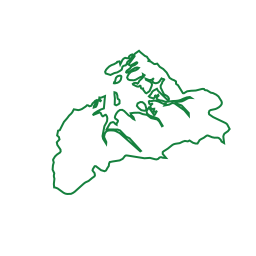 outline of Rogaland, rotated 59°
{"feature_id": "NOR-914", "entity_name": "Rogaland", "entity_type": "County", "adm_level": 1, "iso_a3": "NOR", "parent_name": "Norway", "parent_adm1": "", "projection": "orthographic", "projection_center": [5.997, 59.066], "detail": "fine", "context": "isolated", "style": "outline", "palette": "green", "viewbox_px": 256, "rotation_deg": 59, "n_neighbors": 0, "source": "natural_earth", "source_scale": "10m", "svg_char_len": 5741}
<svg xmlns="http://www.w3.org/2000/svg" viewBox="0 0 256 256"><g transform="rotate(59 128 128)"><path d="M140.9,221.9L137.8,220.4L133.6,217.2L131.6,216.6L130.5,216.0L128.8,214.5L124.9,214.1L121.4,211.6L119.3,209.4L116.8,208.7L116.3,208.1L114.8,205.2L114.2,202.6L114.0,198.9L113.4,197.8L111.7,197.0L106.1,197.3L103.6,196.4L102.5,192.6L100.2,191.9L97.9,192.6L94.3,189.3L94.7,187.6L89.8,179.8L88.3,175.2L87.0,172.0L86.5,169.6L85.9,167.8L84.1,164.8L87.1,161.4L87.7,159.6L88.0,157.7L87.8,153.2L87.4,151.4L88.0,150.6L89.5,149.9L90.0,148.4L89.9,147.7L88.7,145.8L88.3,143.6L87.8,142.2L87.9,141.0L88.5,141.2L89.8,142.6L91.6,145.8L92.8,146.8L93.3,144.7L92.7,143.5L91.4,141.8L88.7,139.3L90.0,138.0L90.6,137.9L91.2,138.6L90.5,137.1L88.2,137.7L87.1,136.8L87.9,136.0L88.3,134.7L88.8,131.3L98.8,138.6L98.2,141.5L97.9,145.5L98.0,149.2L98.8,151.6L100.0,144.3L101.1,143.7L104.0,144.0L105.1,143.5L105.0,140.7L105.3,140.2L107.2,140.1L109.0,140.7L111.3,142.4L112.1,143.5L114.3,147.3L121.8,154.0L124.4,154.9L130.2,154.8L128.8,153.8L123.4,153.2L121.2,151.2L120.1,149.5L119.7,147.5L120.1,146.1L120.9,144.4L122.6,141.8L123.9,140.4L128.0,137.8L154.3,129.5L154.3,128.7L137.6,132.0L134.4,134.1L125.9,136.1L123.9,137.8L118.2,147.1L115.1,141.6L114.6,140.2L115.2,137.8L116.5,137.0L118.1,136.8L119.3,136.1L118.4,135.6L117.4,133.6L116.7,132.9L115.7,132.9L113.4,134.0L112.1,133.8L110.9,132.6L109.6,130.6L108.6,128.1L108.4,125.6L109.5,123.6L111.5,122.5L117.5,121.0L119.2,120.0L122.7,119.0L123.8,118.3L121.6,117.8L118.5,118.5L116.7,118.2L118.0,115.1L120.1,111.4L120.9,110.3L123.7,108.2L126.5,105.0L131.4,103.1L135.7,98.6L138.5,97.8L144.0,98.0L144.0,97.2L136.6,97.2L135.1,97.7L128.4,103.1L125.5,104.2L123.0,103.4L121.3,99.6L130.4,98.9L130.4,98.1L128.2,94.3L128.3,95.2L128.1,96.3L127.5,97.3L126.6,97.9L125.7,96.1L125.0,95.6L124.0,97.7L123.6,98.1L121.7,98.1L120.9,97.5L120.3,96.7L119.6,94.0L119.4,96.3L118.4,97.2L117.1,97.0L115.9,96.4L115.9,95.7L116.6,95.0L118.0,91.5L118.7,90.5L120.9,88.3L125.4,85.3L126.6,83.4L127.5,85.1L129.2,80.5L129.3,78.1L129.5,77.0L130.7,75.5L141.8,70.6L148.8,69.5L146.4,68.2L136.3,70.4L132.5,73.4L130.3,73.7L132.9,68.2L133.2,65.9L133.4,61.4L133.9,59.6L134.8,58.3L133.3,59.0L132.1,61.8L131.4,65.4L131.1,68.4L130.4,70.8L129.3,73.3L128.1,75.4L125.4,81.5L124.6,82.6L122.1,84.7L120.9,86.3L118.7,88.0L117.8,88.3L116.7,87.7L116.1,85.2L115.1,85.1L115.5,86.7L114.3,87.6L114.3,88.3L115.3,89.1L115.9,90.8L113.1,93.3L111.6,93.8L110.7,90.7L109.3,88.3L109.1,86.8L109.3,83.0L111.6,83.1L125.4,79.4L124.2,77.9L122.4,77.6L120.6,78.1L117.6,79.8L110.3,79.2L108.5,78.2L107.1,75.7L106.2,74.9L105.2,72.1L104.6,72.1L103.5,73.3L102.8,73.7L104.4,77.3L104.6,79.1L104.0,81.1L102.7,82.5L101.0,83.1L99.5,82.5L98.6,80.2L98.9,83.0L97.9,85.1L94.8,87.5L95.9,87.8L100.2,85.0L101.9,84.7L103.2,85.1L104.3,86.2L107.3,90.3L107.6,91.6L107.7,94.4L106.9,94.9L103.1,95.3L101.9,94.7L101.2,96.1L100.4,96.3L98.3,95.6L97.9,95.9L98.0,97.3L97.8,98.0L96.7,99.2L93.4,101.3L92.7,101.2L92.6,99.7L93.1,98.4L94.0,97.4L94.8,97.2L94.8,96.3L93.4,93.9L92.5,89.7L91.3,86.6L89.7,87.4L90.3,87.6L91.2,89.0L90.7,91.4L90.6,96.4L90.1,98.4L87.7,102.0L86.3,102.9L84.4,102.8L83.3,101.6L82.1,99.4L81.4,96.7L81.8,94.3L82.4,92.0L82.5,89.4L82.0,87.8L80.8,89.0L80.2,90.9L80.1,93.3L80.3,98.3L80.2,99.8L79.9,100.6L79.3,100.9L78.7,100.3L78.3,99.4L77.9,95.5L77.2,93.7L77.0,92.4L77.5,89.9L77.2,87.1L76.9,86.5L76.2,86.6L76.0,87.0L75.8,93.8L73.8,94.9L69.9,85.4L68.1,84.8L67.8,83.1L67.5,78.8L69.3,78.4L74.9,76.4L76.7,75.1L78.9,75.1L80.6,74.7L80.6,75.4L81.1,76.0L82.6,74.4L86.5,72.7L87.1,72.0L87.9,69.8L91.9,69.3L95.6,67.4L100.4,66.3L106.5,66.5L109.1,65.2L110.9,63.8L112.8,62.9L114.8,64.0L115.3,64.0L117.0,63.1L126.4,63.0L127.0,62.2L127.0,58.4L128.5,54.9L130.8,50.6L132.5,44.9L133.1,43.5L133.8,42.7L134.8,42.7L135.3,42.4L136.4,40.9L140.4,38.8L141.8,37.2L144.9,35.2L147.6,34.2L153.3,34.1L154.8,34.6L155.9,35.6L156.6,37.2L157.0,39.3L157.0,41.4L156.8,43.2L155.2,47.9L155.2,49.4L156.4,50.8L158.1,51.4L162.5,49.4L174.2,41.7L175.9,41.1L181.2,41.4L182.2,44.0L182.5,48.3L183.4,49.7L184.4,50.7L190.4,53.4L187.8,54.8L185.7,54.6L183.2,55.4L182.5,56.1L180.9,58.8L179.3,60.6L175.7,63.3L175.2,64.0L175.1,65.0L175.4,68.1L175.2,71.0L175.3,72.9L177.1,76.4L176.1,78.1L174.1,79.9L170.4,81.7L170.3,83.6L168.4,85.9L167.9,88.0L167.6,91.5L165.9,95.6L165.5,97.1L165.4,98.6L166.2,104.6L166.3,109.6L166.5,110.6L168.1,111.6L173.3,110.8L171.5,113.4L170.1,114.6L169.7,115.5L169.6,116.5L170.0,117.9L169.7,119.6L168.7,120.9L164.9,124.6L162.4,129.5L151.2,142.8L150.5,143.9L150.4,144.9L151.7,148.4L151.5,151.8L148.8,158.4L147.8,161.2L148.8,162.6L150.7,164.1L151.5,165.9L153.1,168.7L153.0,170.3L150.3,172.8L144.2,175.2L143.6,176.3L145.2,179.4L146.2,180.3L149.5,179.9L151.5,180.7L152.2,181.7L152.4,184.5L153.1,189.1L152.7,192.5L152.9,194.6L155.2,206.6L155.3,208.6L155.1,210.7L153.3,214.0L152.0,215.5L150.3,216.6L143.5,219.5L141.5,221.1L140.9,221.9ZM72.5,100.3L72.6,101.1L74.7,103.3L74.9,105.4L74.8,108.6L73.9,111.4L73.5,115.7L69.8,119.0L68.1,118.7L66.9,117.0L66.3,115.4L65.6,112.5L65.6,109.8L66.1,107.1L66.2,103.8L65.7,103.2L66.5,101.0L69.5,101.9L66.8,97.7L66.3,96.1L66.4,94.3L67.8,92.8L68.4,91.3L67.2,90.2L66.8,88.2L67.1,86.5L68.5,86.4L70.6,92.0L71.1,94.5L72.7,96.6L73.1,97.8L72.6,99.0L72.5,100.3ZM117.1,101.3L120.5,102.2L122.2,103.2L121.7,105.0L119.6,107.4L116.4,108.6L113.6,109.0L111.9,107.1L112.1,104.1L113.3,102.3L115.4,101.5L117.1,101.3ZM100.3,121.2L102.5,122.6L102.7,123.9L102.5,126.4L101.0,127.3L95.9,124.0L92.0,122.2L90.4,121.2L91.5,120.2L92.4,119.9L94.7,120.4L96.6,121.4L97.8,121.7L99.2,121.0L100.3,121.2ZM83.6,110.8L83.9,112.5L83.7,114.1L82.9,116.4L82.4,117.0L81.6,116.3L81.7,115.6L81.4,115.1L78.9,112.6L78.4,111.2L78.3,109.9L78.9,108.0L79.5,107.3L80.1,107.1L80.7,107.3L82.2,108.6L83.0,109.5L83.6,110.8Z" fill="none" stroke="#15803d" stroke-width="2"/></g></svg>